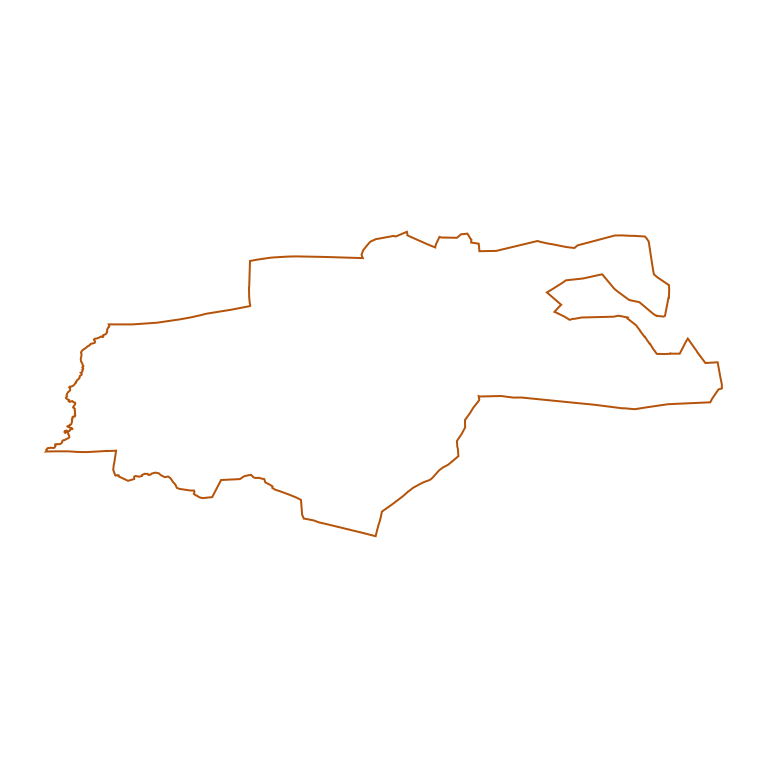 Pušmucovas pag., Ciblas, Latvia (Robinson projection)
{"feature_id": "27541924B48710808686616", "entity_name": "Pušmucovas pag.", "entity_type": "district", "adm_level": 2, "iso_a3": "LVA", "parent_name": "Latvia", "parent_adm1": "Ciblas", "projection": "robinson", "projection_center": [27.687, 56.641], "detail": "fine", "context": "isolated", "style": "outline", "palette": "amber", "viewbox_px": 768, "rotation_deg": 0, "n_neighbors": 0, "source": "geoboundaries", "source_scale": "gbopen_adm2", "svg_char_len": 5861}
<svg xmlns="http://www.w3.org/2000/svg" viewBox="0 0 768 768"><path d="M717.7,362.3L705.4,363.0L697.0,351.8L697.0,351.5L687.8,338.6L685.4,342.6L683.7,346.0L679.7,353.7L671.7,353.7L671.0,353.5L670.4,353.3L670.2,353.4L670.2,353.8L664.9,354.0L656.8,353.9L652.9,348.5L651.0,345.4L650.1,343.8L649.7,343.9L645.1,337.2L644.9,336.7L644.5,336.8L640.0,330.8L640.1,330.6L637.9,327.7L636.3,325.5L635.8,325.0L627.3,318.4L627.1,318.1L627.7,317.5L618.5,315.7L613.7,316.7L581.7,317.5L574.1,318.9L573.2,318.8L569.6,319.8L564.6,316.7L557.1,313.0L554.5,311.9L558.4,307.5L561.2,304.8L546.9,292.4L552.8,288.9L563.2,282.3L566.0,280.3L583.0,278.5L601.2,274.5L602.3,274.4L614.4,288.9L619.2,292.7L629.2,300.0L639.4,302.2L653.3,313.9L656.6,316.0L657.1,315.6L658.0,316.0L663.7,316.6L665.0,315.8L668.5,297.7L668.9,297.8L669.2,290.1L669.0,285.2L657.5,277.4L653.9,274.3L652.9,269.0L648.7,241.5L646.5,238.3L645.8,237.4L644.9,236.5L633.3,235.8L632.8,235.9L632.1,235.9L622.0,235.4L614.8,235.5L577.5,245.4L574.4,248.0L566.1,247.0L551.2,244.0L549.8,243.9L545.0,242.9L542.6,242.3L542.0,242.3L537.5,241.0L496.2,250.9L479.4,251.2L479.0,246.2L478.7,243.7L471.1,242.5L471.4,239.6L470.8,239.2L467.8,234.3L467.2,233.6L466.2,233.8L461.0,234.3L457.2,237.6L456.8,237.8L441.3,237.5L439.5,236.9L436.3,243.5L435.5,245.9L435.2,247.1L435.2,247.4L429.6,245.2L425.2,243.3L423.9,242.7L409.2,236.2L407.4,235.3L407.5,234.9L406.9,231.8L395.9,236.4L395.4,236.5L394.2,236.0L393.6,235.9L378.0,238.8L376.2,239.0L375.7,239.2L370.5,241.6L370.1,241.9L366.8,245.7L363.3,250.1L361.6,254.4L361.7,255.3L362.8,258.1L323.0,256.9L295.6,256.4L287.4,256.6L274.2,257.4L270.4,257.7L256.8,259.7L250.0,261.0L249.2,286.8L249.0,287.4L249.2,297.6L249.7,302.7L250.3,305.7L250.2,305.9L249.9,306.1L230.7,309.8L206.4,313.7L199.3,315.5L190.2,317.5L180.3,319.3L157.1,322.7L132.6,324.4L108.8,324.4L109.2,325.3L109.2,326.7L108.9,327.0L108.2,327.4L107.8,328.4L107.2,329.4L107.2,331.2L106.8,331.8L107.0,332.4L106.6,332.9L106.3,333.6L105.9,334.0L102.9,335.4L102.9,335.8L103.3,336.3L103.3,336.5L103.2,336.8L102.6,337.1L101.4,336.6L100.9,336.6L99.1,337.6L97.3,338.3L94.7,338.8L94.3,339.1L93.9,339.7L94.0,339.9L94.7,340.8L95.1,341.5L94.8,342.4L94.6,342.9L94.1,343.1L91.8,343.6L90.6,344.0L89.4,345.6L88.7,345.6L87.3,346.7L86.9,346.8L86.6,347.3L84.6,348.8L83.0,349.8L81.5,351.3L81.4,351.8L81.0,352.6L81.0,352.8L81.4,353.4L81.5,354.6L81.5,355.6L80.8,358.4L80.8,359.6L81.0,361.0L81.3,361.9L82.1,363.1L82.5,364.5L83.4,366.1L83.2,366.4L82.5,367.0L82.3,367.3L82.3,367.6L83.0,368.2L83.2,368.6L83.1,369.0L82.4,369.7L82.3,369.9L82.6,370.4L82.5,371.1L81.9,371.9L81.7,372.5L80.9,372.8L81.5,373.3L81.7,374.1L81.7,374.6L81.1,375.2L79.9,375.9L79.7,376.4L79.5,378.0L78.7,378.9L77.1,380.2L76.6,381.3L76.0,381.7L76.1,382.3L75.9,382.8L75.6,382.8L74.5,384.3L74.2,384.8L73.0,385.8L71.2,386.6L70.9,386.7L70.0,386.5L69.2,387.4L70.0,388.1L70.2,390.0L69.9,390.6L67.9,392.4L67.0,394.0L66.6,395.1L66.6,395.5L67.1,396.3L65.9,397.7L66.0,398.1L67.4,399.4L69.0,399.9L69.2,400.2L68.7,401.1L69.6,401.9L69.9,401.9L71.9,401.1L72.5,401.1L73.3,402.1L74.1,402.4L74.8,402.4L75.1,402.7L75.3,403.2L74.9,404.5L73.1,407.2L73.1,407.5L74.3,408.2L74.8,408.8L74.9,409.4L74.6,409.9L74.6,410.2L75.1,411.9L74.9,413.1L75.1,413.8L74.8,414.3L75.3,415.6L74.9,416.4L74.5,416.6L73.3,416.5L72.6,416.9L72.4,417.3L72.7,417.8L72.7,418.1L72.5,418.6L71.8,419.2L71.8,419.7L72.1,420.2L72.1,421.3L71.3,424.0L70.9,424.5L70.6,424.7L69.9,424.7L69.8,424.8L70.0,425.3L69.9,425.4L69.1,425.6L67.4,426.4L67.6,426.7L69.0,427.1L70.1,427.8L71.7,428.0L72.4,428.8L72.4,429.0L72.0,429.2L71.3,429.1L70.6,429.4L70.2,429.7L69.8,430.6L69.2,431.1L68.7,431.1L68.1,431.4L66.5,430.6L66.1,430.6L64.9,431.0L64.6,431.3L64.5,431.7L64.6,432.4L65.3,432.9L66.2,432.2L66.6,432.0L67.2,432.0L67.7,432.2L67.7,432.6L68.3,433.4L68.2,434.1L68.9,435.3L69.3,436.1L69.3,436.9L69.2,437.4L68.5,438.1L66.3,439.0L64.5,440.2L63.3,440.2L62.6,440.7L62.2,441.2L62.3,441.8L61.5,443.1L60.8,443.7L59.4,444.2L56.3,444.1L55.2,444.4L55.0,444.7L55.0,444.9L55.5,445.3L55.6,445.8L54.5,447.7L52.9,448.0L50.6,447.7L49.3,448.1L48.2,448.0L47.7,448.2L47.4,448.4L47.3,448.8L46.3,449.7L46.4,450.0L46.7,450.3L46.7,450.6L46.6,451.0L46.1,451.5L58.9,451.3L67.3,451.3L74.6,451.7L75.5,451.9L86.4,452.1L99.4,451.4L106.8,450.9L106.8,451.1L116.1,450.7L114.7,459.9L114.7,460.5L113.9,464.2L113.2,469.8L114.0,472.0L115.2,475.2L115.5,475.6L116.3,475.3L118.1,475.1L118.7,475.4L118.5,476.3L128.0,480.8L134.2,479.0L134.2,476.6L134.3,476.5L135.6,476.0L139.3,476.7L141.9,476.0L142.0,475.0L144.7,473.8L147.8,473.9L148.5,475.0L150.7,474.6L151.4,473.7L155.4,472.6L157.4,473.1L158.8,473.3L160.9,475.2L164.7,477.1L165.0,477.2L168.0,476.5L170.4,478.1L173.1,482.1L175.4,484.6L176.8,487.8L178.6,488.6L179.6,488.9L189.6,490.4L191.3,490.5L194.0,490.5L194.2,490.8L194.4,492.4L193.8,493.8L195.8,495.4L196.6,495.5L198.8,497.0L200.4,497.6L202.8,498.1L212.2,497.1L221.1,480.0L239.9,479.1L243.9,476.4L248.0,475.3L251.0,474.9L251.5,475.2L253.5,477.4L255.7,478.0L258.7,477.8L262.9,478.9L264.3,479.1L265.3,482.4L270.0,484.8L272.5,486.4L272.3,487.9L275.0,489.6L280.4,491.4L289.3,494.7L296.2,497.5L301.0,499.9L302.1,514.7L303.9,518.7L304.9,518.7L314.0,520.5L318.7,522.3L325.6,523.9L363.1,533.0L375.6,536.2L377.1,530.2L378.6,524.7L379.1,523.1L379.8,521.1L381.0,516.2L381.9,511.6L392.8,503.9L403.3,495.9L405.9,493.6L408.1,491.5L408.4,491.5L413.1,487.8L421.4,483.3L424.2,482.0L429.4,480.1L430.5,479.5L432.7,477.6L438.3,471.2L439.2,470.3L439.7,469.9L442.9,467.5L448.2,464.7L458.4,456.2L457.9,449.1L457.3,446.6L456.9,441.0L458.5,438.6L461.7,433.9L465.1,427.5L465.0,420.0L470.0,413.1L473.1,408.0L478.9,400.6L479.3,399.5L479.0,398.0L478.7,396.1L479.8,396.5L501.2,396.0L506.3,396.7L513.6,397.6L521.2,397.5L594.8,404.8L623.0,408.4L623.4,408.2L634.8,409.2L646.8,407.3L668.1,404.2L710.3,402.3L712.2,398.6L718.4,389.5L721.9,388.4L721.8,384.3L720.0,375.4L718.3,365.9L717.7,362.3Z" fill="none" stroke="#b45309" stroke-width="2"/></svg>